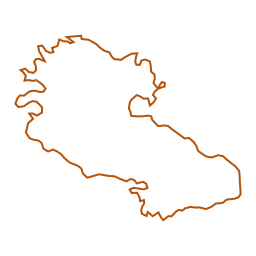 the district of Bom Sucesso do Sul, Paraná, Brazil
{"feature_id": "56859067B68315991379649", "entity_name": "Bom Sucesso do Sul", "entity_type": "district", "adm_level": 2, "iso_a3": "BRA", "parent_name": "Brazil", "parent_adm1": "Paraná", "projection": "mercator", "projection_center": [-52.844, -26.085], "detail": "fine", "context": "isolated", "style": "outline", "palette": "amber", "viewbox_px": 256, "rotation_deg": 0, "n_neighbors": 0, "source": "geoboundaries", "source_scale": "gbopen_adm2", "svg_char_len": 2348}
<svg xmlns="http://www.w3.org/2000/svg" viewBox="0 0 256 256"><path d="M158.1,88.7L153.5,83.1L154.8,78.5L154.5,74.5L151.1,71.7L150.8,66.3L149.9,61.5L145.4,59.5L141.3,60.6L139.9,64.8L136.4,64.8L135.2,61.8L136.1,56.6L137.2,53.3L131.5,53.7L123.9,57.8L121.4,59.8L114.0,59.1L111.7,56.5L109.4,52.4L104.4,50.8L99.3,47.2L96.7,44.4L93.4,42.4L88.4,39.7L81.7,39.1L81.1,35.8L66.8,37.0L70.3,39.7L73.5,42.1L70.3,43.3L67.8,41.6L63.5,41.2L59.3,39.5L57.5,46.0L52.1,47.9L53.4,52.1L49.9,52.8L45.9,50.8L42.3,45.6L38.2,46.2L39.1,51.2L42.5,57.0L44.7,61.2L39.0,58.8L35.7,59.3L34.1,62.1L35.7,65.7L36.0,70.4L33.4,72.9L28.9,72.0L25.3,68.7L20.6,70.1L23.2,72.2L25.9,76.0L24.5,80.6L28.7,80.1L33.0,80.9L36.3,80.1L40.2,82.9L42.7,84.8L45.6,88.7L43.4,91.7L40.1,92.0L35.2,90.8L32.0,90.8L28.8,91.9L24.2,95.6L19.8,95.5L17.3,98.6L15.4,103.7L18.4,107.0L23.9,106.3L29.2,102.5L32.8,101.1L36.3,101.6L39.5,104.6L42.1,107.4L41.9,112.6L36.9,115.6L32.8,113.5L29.3,113.6L33.1,118.8L28.1,123.2L27.0,128.4L25.9,132.6L29.5,138.1L33.0,139.6L38.8,140.7L41.6,143.0L43.4,148.7L48.1,151.5L53.1,149.6L56.6,151.2L60.7,153.8L64.8,158.5L69.8,162.6L78.0,165.9L81.3,168.5L83.0,173.6L87.3,177.7L99.2,174.3L108.0,175.8L114.9,176.4L120.3,179.0L126.6,181.3L130.5,179.0L134.3,180.1L136.8,183.4L143.2,181.8L146.1,183.7L147.5,187.8L143.9,189.4L133.7,187.8L129.7,189.5L131.6,193.0L137.1,192.8L139.6,197.6L140.1,201.1L143.9,200.1L144.2,203.4L142.2,206.8L141.2,210.1L141.9,213.8L146.6,216.0L147.8,212.0L152.7,216.2L158.4,212.4L160.8,217.1L163.2,220.2L168.3,216.2L171.6,216.2L176.5,211.1L179.2,209.9L182.4,210.6L185.2,208.3L190.5,206.9L195.5,207.6L199.4,207.4L205.9,209.1L211.2,206.9L215.8,203.5L219.9,203.3L223.0,202.7L226.6,199.6L234.2,198.8L238.3,197.4L240.6,194.3L240.3,187.6L239.8,181.8L239.7,176.6L239.1,171.0L235.6,166.5L231.4,163.3L226.7,159.6L223.0,156.2L218.0,155.2L212.8,157.2L209.5,157.3L205.6,156.2L198.2,151.0L196.3,145.8L193.6,141.9L188.9,137.9L184.7,138.5L174.7,131.2L171.4,128.7L168.1,126.0L164.2,125.4L161.2,125.9L158.0,126.0L152.2,119.8L151.3,116.4L148.0,115.6L143.9,116.2L138.5,116.4L131.3,116.0L130.2,111.2L128.8,108.2L129.9,102.3L131.5,99.6L134.3,97.2L136.7,95.1L139.7,96.2L143.4,98.6L148.1,98.5L150.0,105.5L153.7,102.2L156.0,98.4L152.9,94.9L154.9,91.5L158.1,88.7ZM158.1,88.7L161.8,87.3L164.7,86.5L164.8,82.9L161.9,82.0L160.0,84.6L158.1,88.7Z" fill="none" stroke="#b45309" stroke-width="2"/></svg>